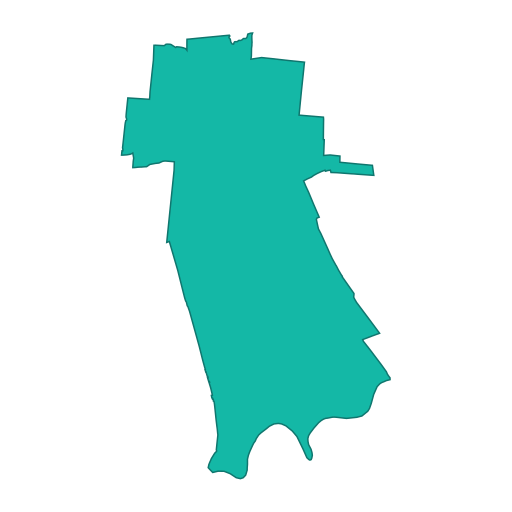 Liesti, Galati, Romania (Albers equal-area conic projection), rotated 271°
{"feature_id": "2599482B2048722237539", "entity_name": "Liesti", "entity_type": "district", "adm_level": 2, "iso_a3": "ROU", "parent_name": "Romania", "parent_adm1": "Galati", "projection": "albers", "projection_center": [27.596, 45.626], "detail": "fine", "context": "isolated", "style": "filled", "palette": "teal", "viewbox_px": 512, "rotation_deg": 271, "n_neighbors": 0, "source": "geoboundaries", "source_scale": "gbopen_adm2", "svg_char_len": 4434}
<svg xmlns="http://www.w3.org/2000/svg" viewBox="0 0 512 512"><g transform="rotate(271 256 256)"><path d="M338.7,372.4L339.8,372.2L348.7,370.8L349.8,355.7L351.2,338.2L357.4,338.2L358.3,328.3L357.7,321.9L373.5,322.2L373.6,321.3L390.0,321.2L394.0,321.2L396.0,321.0L397.6,296.6L421.2,298.5L442.8,300.4L449.0,300.9L450.6,301.1L450.6,300.9L450.7,300.6L451.2,295.1L451.9,286.4L453.0,274.7L453.4,270.7L454.5,258.1L452.7,247.5L455.8,247.9L463.3,247.9L464.5,248.0L466.2,248.2L466.7,248.2L468.2,248.2L469.4,248.3L472.3,248.1L474.6,248.0L476.7,248.0L478.9,248.7L478.7,246.6L477.7,243.9L475.2,243.4L474.1,242.9L473.3,242.0L473.2,241.2L473.3,240.1L473.1,239.5L471.8,238.1L471.4,237.3L471.2,236.5L471.3,235.8L471.3,235.5L471.2,234.9L470.0,233.5L469.9,231.5L469.8,230.9L469.2,230.4L467.5,229.9L467.4,229.5L467.7,228.3L469.4,227.1L471.8,226.6L472.6,226.3L473.6,225.3L474.5,225.1L474.9,225.6L475.5,226.0L476.3,225.5L475.8,221.0L472.7,193.7L472.2,189.5L471.9,186.9L471.8,186.3L471.6,184.1L471.5,183.2L468.4,183.2L460.5,183.3L461.9,182.2L462.3,181.6L462.5,180.9L463.0,179.4L463.3,177.9L463.6,175.9L463.7,174.3L463.8,172.9L463.5,172.5L463.1,172.1L464.8,169.2L465.9,167.5L466.2,166.4L466.3,163.6L466.1,162.2L464.7,160.6L464.8,157.4L465.0,151.8L464.9,150.3L449.9,150.0L448.9,149.9L435.8,148.7L433.4,148.5L418.3,147.2L412.6,147.0L412.4,146.9L410.8,146.8L411.8,125.1L397.8,123.9L395.1,123.7L392.7,123.6L390.6,124.3L389.4,124.2L389.0,123.4L388.2,123.3L387.5,123.1L385.4,122.8L364.1,120.9L362.4,120.7L361.7,120.7L361.0,120.9L360.8,121.0L359.2,121.0L358.9,121.0L358.9,120.6L358.9,120.2L357.0,120.0L354.5,119.8L354.6,121.8L354.9,125.2L355.5,128.3L356.2,130.1L356.8,131.0L353.8,131.6L351.7,132.0L348.5,131.6L343.0,131.3L342.2,131.3L342.3,132.9L342.6,135.6L342.7,135.8L342.9,138.4L342.9,139.7L343.2,142.3L343.4,145.1L345.7,148.3L346.8,153.6L347.3,157.4L349.0,160.9L349.3,162.3L349.4,163.9L348.8,172.7L340.3,172.6L268.0,166.5L269.0,169.1L240.0,178.1L222.9,182.7L213.3,185.3L209.9,186.4L208.7,187.2L205.1,188.1L204.8,188.3L204.2,188.8L199.9,190.4L198.3,190.9L165.1,200.7L158.5,202.5L154.4,203.6L151.1,204.5L150.7,204.6L144.2,206.5L141.7,207.3L141.6,207.0L139.1,207.8L139.2,208.1L138.7,208.3L138.4,208.3L137.1,208.7L136.7,208.8L134.6,209.5L134.7,209.9L133.5,210.2L133.4,209.7L129.7,210.9L129.8,211.5L129.7,211.6L128.9,211.8L128.8,211.3L128.8,211.2L128.0,211.5L127.7,211.6L127.0,211.8L126.3,212.0L126.2,212.1L122.9,213.1L117.5,214.5L116.9,214.6L116.5,214.7L116.0,214.8L115.8,213.8L113.6,214.3L113.3,214.4L113.3,214.7L112.5,214.9L112.6,215.2L112.0,215.2L111.8,215.8L110.2,215.9L109.9,216.6L106.8,217.1L103.8,217.5L98.0,218.2L91.3,219.0L84.9,219.9L82.2,220.3L77.8,220.8L77.2,220.9L76.4,221.0L70.7,220.5L68.5,220.3L61.4,219.7L60.4,220.1L59.6,219.6L58.4,218.4L57.5,217.8L56.5,217.2L52.6,214.9L50.8,214.2L49.0,213.4L46.6,212.5L43.5,211.9L41.1,214.2L38.8,216.5L39.2,218.0L40.2,221.9L40.2,223.8L40.2,227.8L38.7,231.9L37.9,234.0L34.0,240.1L33.1,244.3L34.1,247.1L36.7,249.5L41.8,250.9L44.1,250.9L47.2,251.1L48.3,251.1L52.7,251.0L55.4,251.6L56.7,251.9L57.3,252.1L60.4,253.2L66.6,255.9L68.9,257.0L71.0,258.5L73.5,259.5L77.1,261.8L79.3,264.1L83.5,269.4L86.0,272.3L88.4,276.9L89.0,281.2L88.6,284.4L86.7,288.9L81.6,295.4L76.2,300.1L64.0,306.3L55.2,310.4L53.4,312.4L52.9,313.5L53.4,314.7L54.9,315.3L57.7,315.8L60.4,315.4L63.7,314.4L68.3,311.9L71.6,311.2L74.3,311.0L77.2,311.7L79.9,313.2L85.1,317.0L90.4,321.5L92.5,323.9L94.1,326.4L94.9,328.5L95.2,330.6L96.2,335.3L96.3,337.5L96.1,340.0L95.2,349.3L96.5,359.6L97.9,364.7L102.8,370.5L105.5,372.1L110.6,373.8L119.7,376.1L127.5,379.4L130.3,381.9L131.6,383.8L132.6,386.2L133.7,388.5L134.7,392.2L136.6,392.1L137.9,391.0L140.2,389.4L142.3,388.5L142.5,388.4L146.8,385.2L149.2,383.4L150.4,382.5L152.8,380.6L164.3,371.6L166.0,370.2L166.8,369.6L168.2,368.4L172.5,364.9L174.3,364.1L177.9,373.1L180.9,380.9L186.5,376.6L195.2,369.9L211.4,357.3L214.9,355.2L216.5,354.4L218.9,354.6L220.2,354.6L236.1,343.0L236.5,342.6L237.2,342.7L238.8,341.5L243.4,338.7L247.7,336.4L248.0,336.1L254.8,332.2L259.5,329.9L264.5,327.6L279.5,320.5L284.1,318.0L286.0,317.5L293.7,315.7L295.1,316.4L295.9,318.5L301.0,316.2L308.5,312.8L320.4,307.6L327.0,304.4L329.6,303.3L331.4,302.5L331.9,302.3L334.0,306.0L335.9,310.1L337.6,312.3L339.5,315.6L341.6,319.9L343.0,323.5L342.0,323.9L342.3,325.1L342.7,326.2L343.1,328.8L342.0,329.2L340.8,329.5L340.7,335.5L339.9,349.5L339.8,352.2L339.5,356.9L338.7,372.2L338.7,372.4Z" fill="#14b8a6" stroke="#0f766e" stroke-width="1.5"/></g></svg>